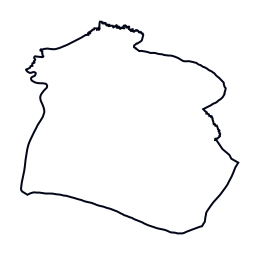 the district of Non Sang, Nong Bua Lam Phu, Thailand, rotated 88°
{"feature_id": "78962969B40369427634380", "entity_name": "Non Sang", "entity_type": "district", "adm_level": 2, "iso_a3": "THA", "parent_name": "Thailand", "parent_adm1": "Nong Bua Lam Phu", "projection": "natural_earth1", "projection_center": [102.437, 16.906], "detail": "fine", "context": "isolated", "style": "outline", "palette": "ink", "viewbox_px": 256, "rotation_deg": 88, "n_neighbors": 0, "source": "geoboundaries", "source_scale": "gbopen_adm2", "svg_char_len": 5660}
<svg xmlns="http://www.w3.org/2000/svg" viewBox="0 0 256 256"><g transform="rotate(88 128 128)"><path d="M228.7,57.4L226.7,56.2L224.7,54.7L223.8,54.4L219.5,53.7L217.7,53.2L216.0,53.0L214.0,52.0L208.2,47.7L205.1,45.2L198.2,38.5L197.1,37.6L190.3,32.2L187.0,29.9L186.3,29.7L179.5,25.8L178.7,25.5L176.7,24.5L171.1,22.1L166.5,19.0L162.3,25.8L158.5,27.6L152.4,34.3L143.3,40.0L143.1,41.4L141.8,41.2L141.8,40.8L141.6,39.5L141.6,38.8L140.7,38.1L140.3,37.3L139.4,36.4L139.2,36.4L139.1,36.8L138.7,36.9L137.8,36.2L137.3,36.1L136.6,36.7L136.2,36.6L136.1,36.9L135.9,36.9L135.9,36.7L135.5,36.9L135.5,37.0L134.9,37.1L134.6,37.4L134.0,36.7L133.3,37.0L133.2,37.4L132.6,38.1L131.6,38.1L131.2,38.4L129.9,38.7L129.3,39.1L128.8,39.2L128.9,39.9L128.8,40.6L127.9,40.7L127.8,41.0L127.2,41.1L127.2,42.2L126.6,42.3L126.6,42.2L124.5,42.6L123.3,42.9L123.3,43.0L121.4,43.4L121.3,43.2L119.5,43.9L119.7,44.5L119.0,44.5L118.9,44.6L118.9,46.3L117.4,46.6L117.2,47.2L116.9,47.2L116.4,48.6L116.1,48.6L116.1,49.2L115.3,49.1L115.0,48.9L114.0,50.2L111.8,52.2L108.1,44.2L106.9,42.4L105.8,39.5L105.3,38.5L103.4,36.2L102.4,34.4L100.4,32.2L97.4,30.3L96.8,30.5L96.3,30.2L95.1,30.0L93.7,29.4L91.9,29.0L91.3,29.2L90.3,30.0L90.0,30.1L87.8,30.7L86.3,30.7L85.6,31.1L80.9,35.4L79.9,36.7L78.2,38.4L76.7,39.5L76.1,40.1L75.3,41.4L74.6,42.0L73.0,45.1L71.3,47.1L70.9,47.8L69.8,49.7L69.7,50.4L69.2,51.3L67.5,53.6L67.2,54.9L66.9,55.5L66.0,56.5L65.2,57.6L64.9,59.2L64.4,60.4L63.3,65.0L63.4,67.9L63.1,70.1L62.5,71.4L59.9,75.3L58.3,78.8L57.2,82.1L57.0,84.8L56.3,89.4L55.6,91.0L55.2,94.0L54.7,96.2L54.0,98.1L53.8,101.1L53.8,102.8L52.5,106.6L52.0,109.0L51.4,112.0L51.5,114.1L49.1,117.0L49.0,117.3L48.7,117.3L48.6,117.7L48.2,118.0L47.5,119.1L46.8,119.2L46.0,119.0L45.4,118.6L44.7,117.4L44.0,116.8L43.8,116.5L44.0,115.8L43.8,115.4L43.2,114.7L43.0,114.1L42.1,112.6L41.5,111.7L40.6,111.0L35.5,109.5L35.0,109.9L34.6,109.8L34.1,110.0L34.0,110.3L34.2,110.6L34.0,111.1L33.7,111.3L33.3,111.2L32.9,111.4L32.6,111.7L33.0,112.1L32.7,112.6L32.9,113.2L32.6,113.8L32.4,113.9L32.2,113.5L31.7,114.2L31.2,114.6L31.2,115.3L30.6,115.5L30.5,115.8L30.8,116.1L30.9,116.4L30.6,116.8L30.6,117.0L31.3,117.6L31.9,118.5L32.0,118.9L31.9,119.2L31.5,119.5L31.4,119.1L31.2,119.1L31.2,121.0L30.8,120.9L30.5,120.5L30.1,120.6L30.1,120.0L30.0,119.9L29.4,119.9L29.4,120.2L30.0,121.6L30.5,121.8L30.6,122.1L30.0,122.7L29.5,122.8L29.2,123.7L29.0,123.8L28.6,123.7L27.9,123.7L27.4,123.3L26.8,123.4L26.7,123.8L27.0,124.3L26.9,125.0L27.6,125.2L27.6,125.7L27.3,126.1L26.9,125.8L26.4,126.0L25.9,126.4L25.3,127.2L25.5,127.6L25.8,127.7L25.6,128.1L25.6,128.6L27.0,129.5L27.5,129.5L27.9,128.5L28.2,128.4L28.2,129.0L27.9,130.2L27.5,130.8L27.5,132.2L27.8,132.3L28.1,131.9L28.4,131.8L28.5,131.9L28.6,132.3L28.5,132.5L28.2,132.5L27.9,132.8L27.8,133.6L27.5,134.0L27.2,134.0L26.8,133.5L26.5,133.5L26.3,133.8L26.3,134.2L26.7,134.2L26.9,134.3L27.1,134.9L27.5,135.3L27.4,135.6L25.2,135.6L24.9,135.8L25.0,136.1L25.7,137.1L26.2,137.3L26.3,137.7L26.0,138.6L26.7,138.7L26.9,139.1L26.7,139.3L25.7,139.4L25.3,139.7L25.2,142.0L25.5,142.7L25.5,143.6L25.2,143.8L24.6,143.0L24.3,143.0L24.1,143.2L24.1,143.4L25.0,144.5L24.9,144.8L24.2,144.9L23.9,145.1L23.8,145.6L24.4,145.7L24.5,145.8L23.7,146.7L23.2,146.8L22.4,146.7L22.2,146.9L22.2,147.9L22.7,148.5L22.6,149.7L22.5,149.9L21.9,149.6L21.6,149.6L21.5,150.2L21.0,150.6L20.8,151.2L20.8,152.3L21.9,152.7L24.4,153.0L25.1,152.9L25.9,153.2L26.5,153.8L26.6,153.7L26.8,153.1L27.1,152.9L27.8,152.9L28.8,153.6L28.8,153.9L28.6,154.1L28.0,154.0L27.7,154.2L27.8,154.6L28.6,155.3L28.7,155.5L27.7,155.7L27.4,156.0L27.3,156.3L27.2,157.5L27.2,158.2L28.3,158.5L28.4,159.0L28.5,160.1L29.1,160.4L29.8,161.2L30.2,162.4L30.4,162.5L30.7,162.3L31.8,162.4L32.1,162.6L32.1,162.9L32.0,163.1L31.2,163.6L31.1,164.0L31.3,164.2L31.6,164.4L31.8,163.9L32.0,163.9L33.5,164.3L33.1,165.0L33.5,165.4L33.6,165.9L33.5,166.7L33.5,167.2L33.9,167.7L36.0,171.4L42.7,185.7L45.6,193.5L46.6,197.5L46.7,200.0L46.4,201.3L46.5,202.0L45.8,205.5L46.0,208.7L46.6,211.0L46.6,211.6L46.3,212.1L46.4,212.4L47.0,212.8L47.5,212.8L48.3,211.3L48.8,210.9L50.1,211.3L51.2,210.8L52.8,210.8L53.1,210.6L53.4,210.1L53.7,210.2L54.1,210.7L54.2,211.3L53.5,216.2L53.1,218.2L53.3,218.7L53.9,219.2L54.8,219.3L56.1,218.5L56.6,218.4L57.1,218.7L58.1,219.8L58.5,219.7L59.1,219.2L59.5,219.3L59.8,219.9L59.9,221.1L60.1,221.3L61.5,221.6L62.5,221.3L62.7,221.7L62.7,223.1L64.4,223.9L65.6,226.4L65.9,227.6L66.1,227.8L66.8,227.6L68.1,226.6L68.7,225.7L69.5,224.2L69.5,223.5L69.3,222.3L68.8,220.9L68.8,220.1L69.0,219.4L69.6,218.4L70.3,218.3L71.4,218.7L72.5,219.3L72.9,220.1L73.5,221.7L74.3,222.9L75.7,223.2L76.9,222.7L77.4,222.3L79.0,219.7L79.6,218.1L80.1,215.8L80.4,211.1L80.9,208.7L81.4,208.1L82.6,207.4L83.8,207.4L84.9,207.8L87.5,210.6L90.7,213.2L92.5,214.2L94.4,214.7L97.0,214.4L98.6,213.9L101.6,212.6L104.6,211.6L107.0,211.1L109.4,211.1L113.8,212.7L117.2,214.9L121.6,218.0L125.3,220.0L129.2,222.2L136.8,226.2L139.0,227.2L141.5,228.2L146.1,229.5L156.3,231.5L162.0,232.3L167.1,233.2L178.5,236.0L184.5,237.0L186.3,236.9L186.9,236.6L188.0,235.7L191.2,230.8L189.9,227.9L189.1,224.9L189.1,223.7L189.4,221.3L189.5,218.6L190.6,212.6L190.9,205.8L191.7,202.3L192.2,198.3L193.3,194.4L193.6,192.0L195.3,186.8L195.9,184.7L197.2,181.0L198.4,177.0L199.8,173.8L200.8,170.0L201.8,166.2L202.2,165.8L202.5,164.6L203.7,162.2L204.7,159.4L205.7,155.5L207.1,151.9L207.8,149.5L208.3,148.1L211.1,141.6L213.3,137.8L214.1,136.1L214.7,135.4L215.0,134.9L215.8,132.5L217.2,129.5L218.0,127.1L219.2,125.3L222.6,117.5L223.1,116.5L223.8,115.5L225.7,111.7L229.3,102.1L231.1,94.8L231.9,92.8L233.6,89.4L233.8,88.6L234.4,84.2L235.1,82.1L235.2,77.3L234.7,75.3L233.9,73.6L231.8,67.5L229.2,59.6L228.7,57.4Z" fill="none" stroke="#020617" stroke-width="2"/></g></svg>